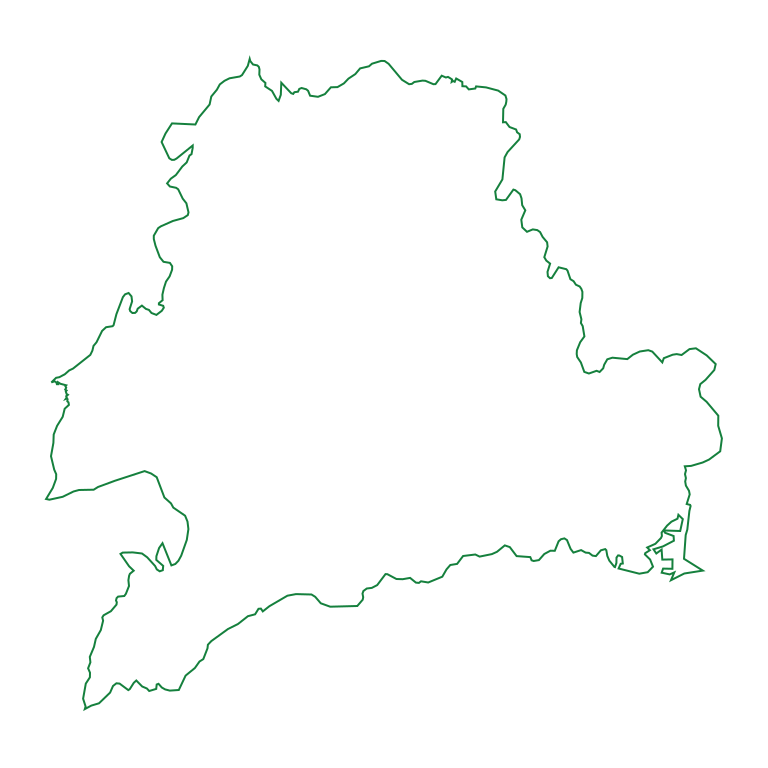 Betioky Atsimo, Atsimo-Andrefana, Madagascar (Robinson projection)
{"feature_id": "10022922B63491232053463", "entity_name": "Betioky Atsimo", "entity_type": "district", "adm_level": 2, "iso_a3": "MDG", "parent_name": "Madagascar", "parent_adm1": "Atsimo-Andrefana", "projection": "robinson", "projection_center": [44.506, -23.693], "detail": "fine", "context": "isolated", "style": "outline", "palette": "green", "viewbox_px": 768, "rotation_deg": 0, "n_neighbors": 0, "source": "geoboundaries", "source_scale": "gbopen_adm2", "svg_char_len": 5993}
<svg xmlns="http://www.w3.org/2000/svg" viewBox="0 0 768 768"><path d="M456.2,78.5L454.7,81.8L453.0,81.0L451.7,81.9L452.1,79.5L450.3,78.3L448.0,76.9L445.9,77.5L441.7,75.7L435.5,84.1L433.4,84.2L425.4,80.8L422.5,80.6L414.3,82.0L411.8,83.9L409.1,84.2L402.0,79.8L388.6,63.8L384.6,61.0L381.2,60.9L372.0,63.7L369.0,66.3L360.1,68.4L355.3,74.1L348.5,78.6L343.9,83.4L337.5,87.1L330.9,87.3L324.9,94.1L318.0,96.8L310.1,95.7L308.1,90.8L306.3,89.3L301.6,88.0L299.3,88.9L298.0,91.7L294.4,92.2L293.2,93.9L291.2,93.2L281.3,82.7L280.8,94.8L278.6,100.9L276.4,98.8L272.0,90.9L265.2,86.4L265.4,82.9L261.3,79.3L259.3,74.7L259.5,69.4L258.8,66.8L257.3,65.4L253.0,64.5L250.3,61.1L249.7,58.9L247.8,65.9L242.0,75.1L239.8,76.5L229.5,78.3L224.5,80.8L219.8,84.4L216.9,89.7L211.3,96.5L209.6,104.5L199.1,117.1L195.4,124.5L172.0,123.4L165.5,133.5L161.6,142.0L169.3,158.3L171.9,159.9L174.3,159.8L176.6,158.5L192.7,145.5L192.7,147.9L191.5,154.2L189.5,155.5L186.7,162.4L182.3,166.5L175.9,175.0L170.8,178.7L167.1,183.4L169.9,186.5L176.1,187.8L178.2,189.3L182.7,198.6L186.4,203.3L188.5,212.4L187.8,215.1L183.3,218.1L172.8,221.0L160.9,226.3L158.2,228.1L153.8,235.7L153.8,239.0L155.5,245.7L159.8,257.2L163.5,261.8L169.9,262.9L172.2,266.3L172.1,269.7L169.6,276.4L166.0,281.6L163.9,288.1L162.4,294.7L162.6,300.2L158.9,303.2L158.9,304.5L163.2,305.8L163.8,307.7L161.8,310.8L156.4,314.9L151.5,313.0L148.9,309.9L145.9,308.9L141.9,305.6L137.7,308.7L136.7,311.4L135.1,312.9L132.4,313.0L130.2,311.1L129.6,309.2L132.1,301.4L131.5,296.4L128.6,293.0L125.1,294.3L122.9,297.1L116.4,314.2L113.6,325.1L112.6,326.2L106.1,327.2L102.1,330.9L96.5,342.3L93.5,345.9L92.4,350.6L90.3,354.9L73.0,368.6L69.2,370.4L64.9,374.2L59.3,377.2L56.1,377.8L51.4,382.4L54.6,381.3L56.3,382.3L56.9,384.2L58.2,384.2L58.1,382.3L60.5,383.8L66.2,385.3L65.4,386.2L66.2,387.7L65.2,389.6L66.6,390.5L65.8,391.5L66.6,394.0L67.9,394.8L66.2,396.2L66.7,397.4L65.7,398.9L66.9,398.4L67.6,399.2L67.3,401.3L68.5,402.4L68.9,404.9L64.7,408.7L62.7,416.8L57.1,425.8L53.7,434.5L53.4,442.9L51.0,456.2L54.2,469.6L56.2,474.2L56.1,478.9L52.8,487.9L46.1,499.0L49.4,499.7L62.7,496.8L73.5,491.5L79.0,490.0L93.7,489.7L98.0,487.0L114.8,480.8L144.6,471.1L151.1,473.5L156.7,477.2L164.4,497.5L171.0,503.4L173.3,507.6L185.1,515.7L187.5,521.6L188.4,529.1L186.8,539.9L181.2,555.7L178.4,560.8L175.3,564.0L171.4,565.4L162.5,543.2L159.1,548.0L156.4,556.2L156.3,559.9L163.2,565.9L162.8,570.2L159.7,571.3L156.8,569.4L155.1,566.0L147.2,557.3L142.0,553.5L132.8,552.4L122.7,552.6L120.5,553.9L129.1,566.3L133.7,570.7L129.9,573.8L129.1,575.8L128.4,580.2L129.0,586.0L125.9,593.8L124.3,596.0L118.1,596.6L116.6,598.1L116.0,600.5L116.8,602.2L116.5,604.6L110.9,611.2L103.6,615.3L102.3,617.4L103.1,620.7L100.8,630.1L95.8,638.9L94.0,646.9L89.8,656.9L90.4,662.3L88.1,668.3L90.0,672.7L89.9,677.3L85.8,683.6L83.1,698.7L85.6,706.5L84.8,709.1L91.3,705.6L99.0,703.3L110.1,692.6L113.0,686.0L116.4,683.3L119.6,683.6L128.3,690.1L129.8,689.1L133.8,682.8L136.3,680.5L142.2,686.5L146.9,688.5L149.2,691.0L156.2,688.9L156.7,684.5L158.5,683.8L161.8,687.5L165.1,689.4L169.8,690.6L178.8,690.0L185.6,675.6L194.9,668.0L199.5,661.5L203.3,659.1L207.5,648.3L207.9,644.7L211.3,641.1L228.0,629.0L238.0,624.0L247.9,616.2L255.1,614.3L258.5,608.8L260.9,608.6L262.8,611.4L269.4,606.2L287.4,595.7L296.0,594.1L311.5,594.5L315.2,596.8L320.8,603.3L330.2,606.7L357.3,606.0L362.7,599.7L363.2,597.2L362.5,593.6L363.4,591.0L366.8,588.5L371.8,587.9L377.2,585.1L385.5,574.1L387.4,574.2L396.4,579.0L402.7,579.2L410.1,577.9L415.9,582.6L418.9,582.9L421.0,581.3L428.2,582.5L442.3,576.7L446.5,569.4L450.3,565.0L457.1,563.9L463.1,556.0L475.3,554.5L479.6,556.6L491.9,554.1L497.0,551.8L504.8,545.4L509.8,547.1L516.6,556.1L530.3,557.1L531.6,560.3L533.7,561.0L538.9,560.1L544.3,554.0L550.4,550.7L554.8,550.8L558.6,541.3L561.0,539.2L564.4,538.4L567.0,540.1L570.6,548.9L573.4,552.6L581.1,550.1L585.6,552.6L589.0,552.9L592.5,555.6L595.9,556.1L600.9,550.3L605.2,549.1L606.3,550.2L607.3,555.9L609.3,560.6L614.4,566.9L615.0,567.1L616.4,563.0L616.5,557.6L618.1,555.4L619.3,555.5L622.1,557.0L622.8,563.5L620.7,563.8L618.6,568.5L639.3,573.7L647.7,572.2L653.0,566.7L650.1,559.5L644.9,554.4L645.2,553.2L649.9,550.2L647.2,547.5L655.4,543.8L661.0,538.0L661.9,536.0L661.6,532.6L667.1,525.6L671.4,521.7L677.5,518.7L678.4,514.8L682.8,519.1L680.2,531.0L665.5,530.5L664.3,531.5L665.1,532.8L673.6,536.0L673.9,540.7L663.0,546.4L653.5,549.3L656.3,553.5L661.6,549.6L662.3,559.6L672.5,559.4L672.4,568.8L663.1,568.6L661.7,572.7L669.7,574.4L674.3,572.4L671.0,580.2L684.3,573.5L702.8,570.6L684.0,558.8L685.7,535.0L687.3,529.6L689.4,510.9L690.6,506.0L690.1,504.9L686.7,504.0L689.7,494.4L689.0,490.8L685.9,485.6L685.2,481.5L685.9,478.1L685.0,474.1L686.0,470.3L684.8,466.3L691.1,465.9L702.7,462.5L709.0,459.6L720.2,451.3L721.9,438.4L718.2,425.8L718.3,415.7L706.6,401.8L700.6,396.7L699.0,389.2L700.3,384.1L705.5,379.9L714.3,370.0L715.7,364.1L706.7,355.4L695.9,348.3L689.5,349.1L681.6,355.0L676.7,354.1L672.7,354.7L663.8,358.2L662.3,362.4L652.3,351.6L648.3,350.2L639.8,351.5L632.9,354.7L627.3,359.1L612.4,357.7L607.3,359.3L604.2,364.7L603.2,368.3L599.6,372.0L596.6,370.8L588.9,373.5L584.3,371.9L580.9,362.5L577.2,357.0L576.7,354.0L576.9,350.3L580.2,342.2L584.4,336.4L582.7,326.1L580.9,323.0L581.4,319.3L579.6,312.0L580.7,303.1L582.3,298.0L582.4,291.8L581.3,288.8L579.7,286.5L575.9,284.7L573.6,281.2L570.4,279.2L567.5,270.6L566.3,269.2L558.6,267.3L551.8,278.0L550.0,278.2L547.9,276.2L547.5,271.9L550.1,263.6L546.3,260.6L544.3,257.2L547.6,246.5L547.1,242.3L542.6,236.9L540.1,232.1L537.3,230.1L532.8,229.4L527.0,231.8L522.3,227.4L521.3,219.7L525.3,210.3L522.2,205.2L521.5,198.3L520.1,194.2L515.3,190.2L513.4,189.6L506.0,199.9L502.3,200.3L496.3,199.3L495.2,191.5L502.4,179.4L504.6,157.4L507.6,152.0L519.2,139.4L520.0,136.9L519.7,134.2L517.1,132.3L516.1,129.5L509.5,127.0L505.8,122.1L503.0,122.3L503.3,108.8L505.7,104.6L506.3,101.7L506.5,99.1L505.4,95.5L498.2,90.6L486.1,87.4L476.1,86.4L475.3,88.5L468.8,89.4L466.1,86.4L462.4,86.2L462.3,82.0L456.2,78.5Z" fill="none" stroke="#15803d" stroke-width="2"/></svg>